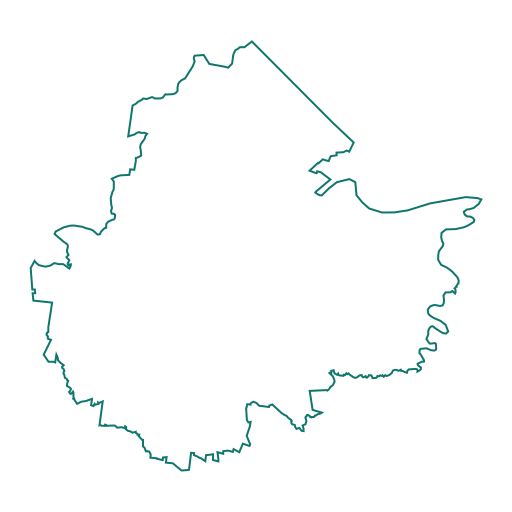 Gutiérrez Zamora, Veracruz, Mexico (Mercator projection)
{"feature_id": "50627088B23583227090437", "entity_name": "Gutiérrez Zamora", "entity_type": "district", "adm_level": 2, "iso_a3": "MEX", "parent_name": "Mexico", "parent_adm1": "Veracruz", "projection": "mercator", "projection_center": [-97.115, 20.451], "detail": "fine", "context": "isolated", "style": "outline", "palette": "teal", "viewbox_px": 512, "rotation_deg": 0, "n_neighbors": 0, "source": "geoboundaries", "source_scale": "gbopen_adm2", "svg_char_len": 5990}
<svg xmlns="http://www.w3.org/2000/svg" viewBox="0 0 512 512"><path d="M156.9,458.8L162.7,460.1L163.0,457.5L166.6,457.1L165.9,462.6L172.8,463.3L181.5,470.5L185.9,470.2L189.0,469.8L191.1,452.8L194.1,453.1L193.9,455.1L197.0,456.3L200.1,458.2L200.9,458.2L205.3,461.2L206.0,455.2L213.1,454.3L213.0,460.0L218.3,461.4L218.4,459.4L217.5,452.2L223.2,453.8L223.2,451.2L228.1,450.6L232.8,451.9L233.6,449.1L239.3,452.2L242.8,443.7L249.5,445.9L250.2,444.4L246.7,435.9L249.9,426.3L250.6,421.9L248.4,422.5L246.9,420.0L246.1,408.1L246.5,407.7L247.3,404.2L250.4,404.6L250.3,404.0L251.1,403.0L253.2,401.7L256.5,403.0L259.0,405.7L269.0,407.0L269.3,405.6L272.3,404.5L281.4,412.9L284.9,415.3L286.4,415.7L288.2,417.9L291.2,419.9L291.5,420.6L291.2,421.0L291.7,421.5L291.3,423.0L292.1,424.2L294.8,425.0L295.1,426.8L296.5,428.9L299.3,427.9L301.6,430.8L303.6,431.1L303.5,428.3L302.6,425.5L305.5,424.2L306.4,421.1L305.4,417.7L305.8,416.6L306.5,416.4L307.0,415.1L307.9,414.9L309.9,416.2L310.1,416.9L311.5,417.4L311.9,416.9L313.9,417.1L315.1,415.5L315.6,415.6L318.0,414.1L320.1,413.7L321.9,412.6L312.6,409.9L309.7,390.9L326.6,390.1L327.3,390.6L328.9,389.4L330.3,387.1L332.9,385.1L334.6,381.6L334.2,379.5L332.8,376.2L328.7,372.3L330.5,373.8L331.2,373.6L331.4,372.2L331.0,371.1L332.1,370.6L333.6,370.2L334.5,373.3L337.1,374.8L338.1,373.6L338.4,374.8L339.4,375.4L343.4,375.8L343.7,374.8L344.9,375.1L346.4,373.3L347.3,374.1L348.6,373.4L349.2,374.3L353.4,377.2L355.4,377.9L357.1,377.3L359.7,375.3L361.7,375.1L361.8,376.0L363.1,377.3L365.6,376.2L365.9,377.4L366.9,377.7L368.7,376.0L369.0,375.2L371.4,375.4L372.6,378.2L376.2,377.8L377.1,377.0L377.4,376.0L379.2,376.3L380.2,375.3L382.0,376.0L382.6,375.3L383.8,376.7L385.2,375.2L386.4,376.0L387.8,375.6L389.3,375.0L391.8,373.0L393.0,370.5L394.7,369.9L396.7,369.9L398.5,370.8L400.8,369.7L401.1,370.8L403.1,371.1L404.9,372.2L407.0,372.7L407.3,370.9L408.8,369.4L415.7,368.9L417.1,369.4L417.6,370.9L417.5,371.6L418.9,370.9L420.8,369.3L421.0,367.6L417.9,365.3L417.6,363.7L421.9,361.7L424.0,361.6L424.1,360.4L420.8,354.6L419.4,353.1L419.6,350.1L420.5,348.9L426.5,348.3L431.0,350.2L434.2,350.6L435.8,349.8L436.2,348.7L435.9,343.9L435.0,343.1L430.1,343.7L429.0,342.8L426.4,339.0L428.3,334.5L428.2,330.9L429.4,328.2L430.8,326.7L432.3,326.2L434.1,327.0L434.4,327.7L441.9,332.6L443.6,333.2L446.0,333.6L448.2,331.5L445.7,324.9L440.5,320.9L433.6,317.9L429.8,315.4L428.5,313.9L427.9,312.2L427.9,309.5L429.9,306.6L433.2,305.2L435.1,305.0L440.1,306.0L442.6,305.4L443.8,303.0L444.0,300.4L443.5,295.4L445.6,292.4L450.6,292.3L452.4,291.0L455.1,293.5L455.6,292.2L455.4,289.2L454.6,288.5L455.9,286.9L456.5,286.8L456.3,286.3L457.9,283.7L458.4,283.6L458.7,281.0L458.1,278.6L457.2,277.1L452.7,272.1L450.5,270.2L447.1,267.7L441.1,264.8L438.2,259.8L438.2,255.2L438.9,251.3L442.9,245.9L443.4,243.6L442.0,240.9L441.2,237.1L441.6,232.8L446.0,229.4L455.7,229.1L464.1,227.2L468.4,225.3L473.7,222.0L474.3,219.8L473.0,218.0L470.7,216.7L466.7,216.3L464.6,214.4L463.8,211.8L466.9,209.5L469.5,209.2L473.6,208.0L478.6,204.1L481.3,199.4L477.4,198.1L465.8,197.1L430.1,203.4L407.6,210.4L394.3,212.4L382.0,212.5L369.2,208.5L362.3,202.4L356.5,195.2L355.3,182.1L349.3,179.1L336.8,182.2L328.9,188.4L321.8,195.4L319.8,195.2L317.7,194.2L315.3,192.5L315.9,191.6L330.4,179.5L320.7,172.2L317.2,171.3L316.8,172.9L316.2,173.2L309.6,170.7L318.0,162.9L318.5,163.3L322.7,159.4L328.6,161.1L330.7,156.2L336.7,155.3L336.5,152.6L343.5,152.2L346.7,150.5L349.2,151.7L353.7,142.5L332.7,122.7L251.9,41.5L244.4,47.2L239.8,47.2L238.0,48.8L235.4,50.2L233.7,53.6L233.2,55.3L232.1,63.6L228.1,67.7L225.6,66.9L209.3,63.9L203.7,55.0L194.7,55.7L194.0,56.9L193.8,58.8L194.7,61.2L192.8,66.2L185.1,78.4L181.5,80.2L179.5,82.0L178.2,83.9L177.5,87.7L177.6,90.8L175.7,93.1L173.3,94.1L166.8,94.5L165.4,94.3L162.8,97.5L160.7,98.4L154.8,98.5L152.6,97.2L151.7,97.2L146.8,99.0L143.1,98.5L141.7,99.9L138.3,101.6L135.5,104.0L132.6,105.5L128.2,136.4L134.7,134.4L136.6,132.9L139.2,132.1L140.8,132.9L144.5,132.8L147.1,133.8L145.3,136.2L144.7,138.7L140.7,144.3L140.1,147.4L140.7,149.6L141.2,155.6L138.4,157.2L135.8,158.0L135.8,161.1L134.3,169.8L130.2,169.3L129.3,174.9L121.0,175.3L118.0,176.0L111.8,178.7L113.8,181.5L113.8,185.1L113.7,189.7L112.6,191.5L110.7,198.0L111.3,204.9L112.0,208.0L111.0,211.0L111.7,213.6L114.1,213.9L115.2,214.9L114.7,218.5L113.8,219.5L112.2,219.8L108.0,221.8L106.2,224.2L106.2,227.7L104.8,228.1L103.7,229.0L100.7,232.1L100.0,234.2L98.4,234.5L97.5,234.5L93.1,230.5L90.3,229.3L85.3,228.0L82.8,226.9L73.8,225.5L70.2,225.7L63.8,227.3L55.7,231.5L54.6,234.0L63.7,241.8L66.8,243.9L67.6,245.0L67.9,246.3L67.0,250.5L67.2,252.3L68.5,255.0L66.5,257.0L66.6,257.6L69.3,260.1L67.7,263.7L67.8,264.6L68.9,265.4L69.6,265.1L70.0,264.3L70.9,264.3L70.6,266.2L69.4,268.6L63.2,264.1L58.6,264.1L54.3,263.1L50.1,265.7L45.7,266.6L43.1,266.2L38.9,265.1L36.3,263.0L34.6,260.9L30.7,268.0L32.3,289.5L34.8,289.5L35.2,293.2L32.6,293.3L33.4,300.6L52.1,302.6L48.3,327.2L48.3,332.0L47.1,332.6L47.1,333.3L46.7,333.6L46.6,335.0L47.9,336.4L47.8,338.7L51.0,339.8L43.7,354.7L48.5,361.7L53.7,361.8L55.2,362.4L56.4,354.7L57.7,357.7L58.0,360.2L60.5,362.9L63.7,365.2L62.0,366.9L62.3,368.1L63.6,369.0L64.4,371.0L63.6,372.1L63.6,373.9L64.2,374.4L64.9,377.8L66.7,378.8L67.3,380.3L68.2,380.7L67.2,383.2L66.9,385.9L69.7,387.5L71.0,388.9L70.3,390.7L69.1,392.0L70.4,393.8L71.4,393.7L73.0,391.6L73.5,392.9L73.4,396.9L74.0,398.2L73.3,398.5L72.6,398.1L73.2,398.8L74.0,399.1L77.1,403.8L81.4,401.7L85.6,401.1L92.0,398.9L91.1,405.2L93.5,406.1L94.6,403.9L95.2,404.7L98.4,404.0L98.2,402.5L99.0,403.0L102.7,401.4L99.5,425.3L100.2,425.0L102.0,425.8L105.0,425.8L105.1,424.7L106.0,424.9L106.1,425.8L114.3,425.5L115.2,425.8L117.4,427.7L121.5,427.2L124.8,428.2L125.2,426.3L126.2,427.0L125.9,429.3L127.9,430.8L130.4,431.4L132.6,432.7L135.4,431.9L135.2,432.4L137.2,433.7L137.4,434.7L139.2,434.6L138.8,436.3L142.2,439.9L143.0,439.9L143.0,446.4L144.5,447.7L145.9,451.3L146.9,450.9L147.3,451.4L149.2,451.6L150.7,454.4L150.4,457.7L156.9,458.3L156.9,458.8Z" fill="none" stroke="#0f766e" stroke-width="2"/></svg>